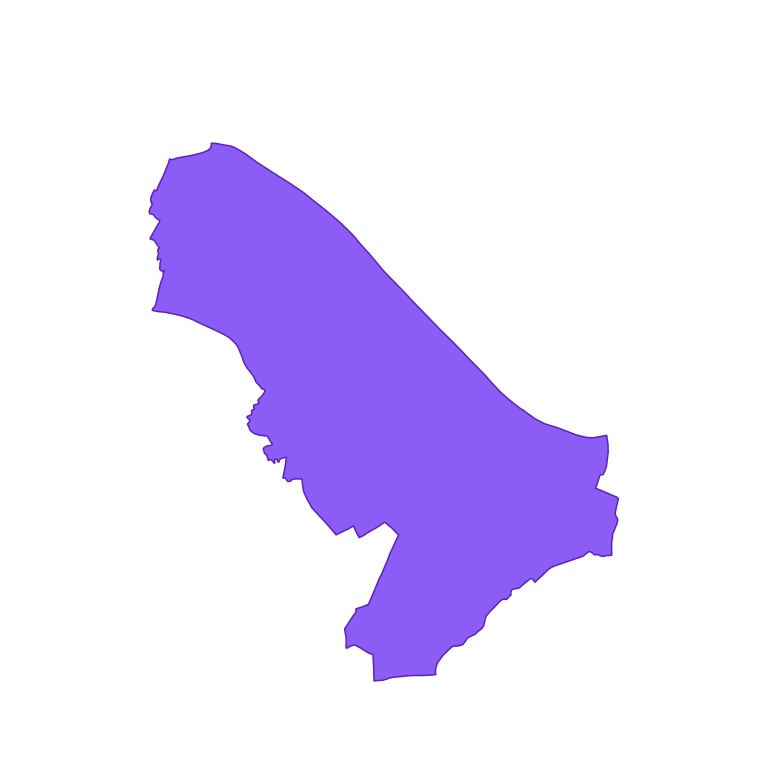 outline of Sa Dec, Can Tho, Vietnam, rotated 338°
{"feature_id": "81297802B46621499872955", "entity_name": "Sa Dec", "entity_type": "district", "adm_level": 2, "iso_a3": "VNM", "parent_name": "Vietnam", "parent_adm1": "Can Tho", "projection": "albers", "projection_center": [105.732, 10.322], "detail": "fine", "context": "isolated", "style": "filled", "palette": "violet", "viewbox_px": 768, "rotation_deg": 338, "n_neighbors": 0, "source": "geoboundaries", "source_scale": "gbopen_adm2", "svg_char_len": 6096}
<svg xmlns="http://www.w3.org/2000/svg" viewBox="0 0 768 768"><g transform="rotate(338 384 384)"><path d="M571.2,515.1L567.0,514.1L560.7,512.8L558.8,512.6L554.7,510.9L551.0,508.9L543.2,503.2L537.2,497.6L527.0,488.2L521.9,484.2L517.8,480.8L510.8,472.5L503.1,460.2L502.7,459.7L500.3,456.3L494.9,446.8L489.2,435.7L483.1,419.9L481.3,414.3L472.2,392.4L466.7,378.3L466.4,377.7L463.2,370.0L456.1,353.7L446.6,330.2L442.3,319.9L437.8,308.0L426.6,280.7L424.7,274.9L419.2,257.9L414.3,244.8L411.6,235.9L408.2,227.7L404.6,219.5L399.9,210.2L399.1,208.7L395.8,202.5L387.2,187.4L381.1,176.4L378.4,172.3L370.8,161.1L370.5,160.8L359.2,145.1L349.0,130.4L344.9,123.8L341.5,118.4L338.0,113.7L335.0,109.9L333.1,107.8L330.9,105.9L328.4,104.3L325.1,102.4L320.6,99.4L317.9,97.8L315.2,96.5L314.0,96.2L313.5,97.6L312.4,99.2L311.0,100.6L308.0,101.4L304.8,101.6L299.9,101.2L293.2,100.3L289.0,99.6L284.7,98.6L278.5,97.3L276.5,96.9L274.2,96.9L271.5,96.5L270.5,96.1L269.4,95.2L266.7,98.6L257.8,107.8L249.4,115.5L245.7,119.3L245.4,119.6L244.4,118.8L243.6,118.1L240.4,121.0L237.3,124.3L236.5,127.0L236.1,128.3L236.4,130.5L235.9,131.2L233.0,133.5L230.9,136.0L230.7,136.7L230.6,138.3L233.0,140.1L233.9,141.3L234.5,144.0L236.3,147.2L237.3,148.5L237.0,149.3L232.5,152.6L228.6,155.8L222.9,160.3L222.0,161.0L221.6,161.9L221.7,162.2L222.6,162.9L223.3,163.4L223.9,163.9L224.3,164.3L224.8,165.2L225.2,166.7L225.4,168.1L225.8,170.2L226.1,171.3L226.4,172.5L226.7,173.4L226.9,174.0L225.4,174.2L224.7,174.5L224.4,175.0L223.9,177.3L223.8,178.2L223.5,178.9L222.8,180.0L221.4,181.7L220.8,182.7L220.5,183.1L220.6,184.0L220.7,183.9L221.5,183.9L222.2,183.9L222.6,184.0L223.2,184.3L223.4,184.8L223.3,185.5L222.3,187.0L221.4,188.5L220.7,190.3L219.9,191.7L219.2,193.0L219.2,193.8L219.3,194.5L219.8,195.6L220.6,196.1L221.4,196.3L222.0,196.3L222.5,196.6L222.5,197.0L222.2,197.4L221.4,197.7L221.0,198.0L220.7,198.6L220.3,199.6L220.3,200.2L219.9,200.9L218.5,202.4L215.6,205.7L213.0,208.9L210.3,212.6L206.0,219.2L203.0,223.6L201.8,225.1L201.0,225.9L200.2,226.5L198.9,227.0L197.8,227.4L197.4,227.7L197.0,228.4L196.9,229.0L198.4,230.1L201.6,232.2L207.8,235.4L216.3,241.0L223.2,246.0L228.2,250.3L231.8,253.8L234.4,256.9L242.4,265.3L250.3,273.9L254.3,278.3L257.9,283.1L260.2,287.9L261.6,291.3L262.4,295.1L262.5,298.1L262.5,301.8L262.6,305.2L262.3,308.9L262.2,311.9L262.5,314.9L263.2,318.4L264.5,322.9L265.6,326.9L266.2,330.9L266.0,332.0L266.0,333.4L266.3,335.1L267.0,336.8L268.1,339.1L268.5,340.9L268.7,342.3L269.5,343.3L270.6,343.9L271.1,344.9L271.1,345.9L269.7,347.1L267.4,348.7L264.8,350.0L263.0,350.6L261.1,351.8L260.9,353.1L260.9,354.3L260.3,355.1L258.8,355.2L257.4,354.9L256.0,354.8L255.1,355.1L254.7,355.9L254.5,356.9L254.4,358.0L253.8,358.7L252.5,358.9L251.6,358.9L250.9,359.8L250.3,361.4L250.1,362.4L248.9,362.9L247.8,362.9L246.2,362.8L245.2,362.8L244.6,363.2L244.5,364.2L245.1,365.3L245.9,366.5L246.0,367.8L245.2,368.4L244.2,369.0L243.0,369.6L242.3,370.3L242.3,371.1L242.6,372.2L242.6,373.2L242.5,376.5L242.9,377.8L243.9,379.4L245.1,381.2L246.3,382.5L247.7,383.3L248.5,384.4L253.5,387.1L256.2,388.5L256.7,391.0L257.1,394.3L257.6,396.5L257.7,397.7L257.6,398.3L257.3,398.8L255.4,398.3L252.7,397.7L250.6,397.7L248.7,398.1L247.7,399.0L247.6,400.4L247.4,402.2L247.3,403.6L247.8,404.7L248.6,406.1L248.5,408.0L248.2,410.0L248.1,411.5L249.5,411.5L250.7,411.7L251.4,412.7L252.0,414.6L252.4,416.0L252.9,416.4L253.5,415.9L253.9,413.7L254.5,413.0L255.4,412.8L256.0,413.3L256.4,414.2L256.5,415.4L256.5,416.5L257.2,417.0L258.0,416.1L259.2,415.1L260.2,414.6L261.4,414.6L262.8,414.8L265.3,415.3L266.0,415.5L262.1,422.3L259.0,427.3L257.1,430.1L255.7,432.1L255.2,433.4L256.4,433.7L257.2,434.4L257.7,435.7L257.8,437.2L258.4,438.3L259.5,438.8L261.0,439.2L261.7,438.3L265.3,438.5L268.0,439.5L269.6,440.2L272.4,441.3L270.5,447.6L269.8,450.6L269.2,454.0L269.3,456.6L269.6,462.7L270.1,465.9L270.6,471.3L272.4,476.3L275.2,483.5L278.0,490.8L280.6,498.3L283.1,505.9L293.8,505.1L296.3,505.1L300.9,504.4L302.4,504.1L302.7,509.1L303.0,513.6L303.4,517.1L308.3,516.8L312.5,515.9L317.0,515.2L324.9,514.2L330.6,512.9L333.1,512.5L335.0,516.3L337.2,520.3L339.4,525.9L340.9,529.6L336.3,533.7L330.6,539.2L326.1,543.3L321.2,548.7L312.4,557.5L308.4,561.3L307.2,562.1L298.4,571.2L292.5,577.1L286.9,582.5L280.1,582.5L274.3,582.0L273.5,582.2L273.2,584.0L271.3,585.9L269.1,587.0L260.4,593.1L255.9,596.2L255.0,599.3L254.0,604.4L252.4,609.0L250.4,613.0L250.1,614.7L251.3,615.1L254.2,614.6L257.6,614.6L259.2,615.1L263.3,619.9L267.4,625.7L269.8,628.6L272.5,630.6L267.8,644.1L263.6,655.5L267.4,656.7L271.7,658.2L275.4,658.6L278.8,658.7L282.7,659.4L289.1,661.3L295.8,663.2L302.4,665.4L305.2,666.6L312.6,669.5L320.6,672.2L323.1,672.8L324.6,668.5L326.6,665.6L328.8,662.8L337.0,657.7L344.8,654.5L349.6,652.9L354.3,654.6L359.3,655.2L363.3,652.9L366.6,650.6L368.7,650.6L371.4,650.2L374.4,650.3L378.3,648.7L382.5,647.6L385.4,645.9L387.6,643.2L389.6,640.1L391.9,637.4L397.6,634.4L403.0,632.2L409.4,629.2L412.8,628.1L413.6,628.1L414.5,628.7L416.0,629.0L416.5,629.5L417.1,629.5L417.5,629.5L417.7,629.4L420.4,628.0L421.0,627.7L421.4,627.6L422.1,627.5L422.4,627.4L422.6,627.3L422.9,626.8L423.1,625.8L423.3,625.0L424.0,624.0L425.2,623.0L425.8,622.5L426.5,622.5L428.9,623.0L431.4,623.6L433.4,623.7L436.2,622.6L444.8,619.9L446.1,619.5L446.9,619.5L447.5,619.6L448.0,619.8L448.6,620.5L448.9,621.2L449.5,623.5L449.7,624.3L461.2,619.9L462.2,619.4L467.6,617.3L470.4,616.8L473.7,616.6L485.2,617.2L501.3,618.1L503.9,618.1L504.9,618.0L509.8,616.4L511.1,616.3L511.8,616.4L513.1,617.5L514.7,620.4L515.4,621.4L516.8,621.8L517.5,621.9L518.2,622.2L520.7,624.8L521.6,625.3L522.2,625.6L524.1,626.2L527.0,626.6L528.6,627.4L530.1,627.9L530.7,627.9L531.0,627.9L531.4,627.3L533.0,622.8L535.3,617.1L539.0,610.5L539.9,608.6L541.0,607.6L547.8,600.7L549.0,599.0L549.8,597.6L550.0,595.9L549.5,592.4L549.6,591.1L550.9,588.9L553.9,584.3L557.6,579.2L558.1,578.5L558.1,577.5L557.8,576.7L557.3,575.8L556.3,575.0L548.4,567.0L541.1,559.9L542.5,558.5L550.0,549.6L550.9,549.3L551.5,549.5L552.5,550.0L553.4,550.0L554.4,549.0L556.6,547.0L559.4,543.7L566.3,531.2L569.1,523.8L571.2,515.1Z" fill="#8b5cf6" stroke="#5b21b6" stroke-width="1.5"/></g></svg>